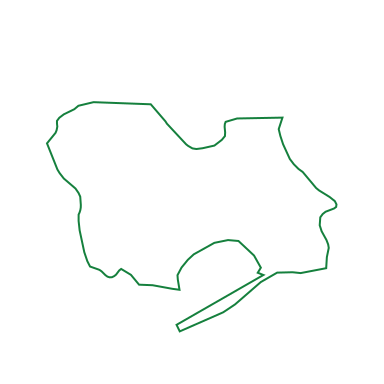 map outline of Saint Andrew (Natural Earth projection), rotated 334°
{"feature_id": "JAM-1382", "entity_name": "Saint Andrew", "entity_type": "Parish", "adm_level": 1, "iso_a3": "JAM", "parent_name": "Jamaica", "parent_adm1": "", "projection": "natural_earth1", "projection_center": [-76.765, 18.048], "detail": "fine", "context": "isolated", "style": "outline", "palette": "green", "viewbox_px": 384, "rotation_deg": 334, "n_neighbors": 0, "source": "natural_earth", "source_scale": "10m", "svg_char_len": 1383}
<svg xmlns="http://www.w3.org/2000/svg" viewBox="0 0 384 384"><g transform="rotate(334 192 192)"><path d="M137.9,274.4L131.9,270.4L115.7,258.5L103.8,252.1L100.8,239.7L94.6,230.1L92.2,230.6L87.5,233.0L85.2,233.5L82.7,233.5L80.6,232.6L78.9,231.0L77.7,228.7L76.0,223.8L75.1,222.1L74.3,221.0L67.7,214.3L67.6,208.3L68.8,198.9L74.2,177.2L77.4,168.3L80.2,162.6L82.0,161.1L83.7,159.3L85.2,157.2L86.4,154.9L89.5,147.2L89.6,143.1L88.8,137.8L82.7,123.7L81.3,117.0L80.9,112.8L83.0,84.7L95.3,79.0L97.4,77.1L99.6,74.2L100.6,71.4L101.8,68.9L105.3,67.1L110.9,66.0L122.5,66.0L127.7,64.7L142.9,68.1L193.4,95.1L199.1,116.9L199.4,119.6L207.6,146.5L208.7,148.8L211.5,153.0L214.8,155.3L220.7,157.3L232.5,160.1L241.7,158.2L246.1,156.2L247.9,153.0L249.9,147.7L251.3,145.3L253.0,143.7L264.8,145.7L305.9,164.8L297.5,173.5L296.0,180.3L294.8,189.0L294.4,205.2L295.7,211.8L297.8,217.9L300.3,222.6L305.3,242.8L306.9,246.3L313.5,256.8L316.4,262.9L316.4,266.5L315.0,268.6L312.5,269.1L303.4,268.3L299.8,269.1L296.2,271.0L292.2,277.9L291.3,284.1L291.8,294.1L291.4,298.8L290.4,302.2L284.7,309.6L279.2,319.3L254.1,312.5L247.2,308.2L233.2,301.8L214.4,303.1L181.4,311.9L167.3,313.8L119.9,311.9L119.9,304.6L219.8,297.9L215.7,293.4L220.7,290.2L219.9,276.3L212.3,256.4L203.3,251.0L189.8,247.5L166.3,248.8L158.6,251.1L149.5,255.3L142.5,260.4L140.9,264.4L137.9,274.4Z" fill="none" stroke="#15803d" stroke-width="2"/></g></svg>